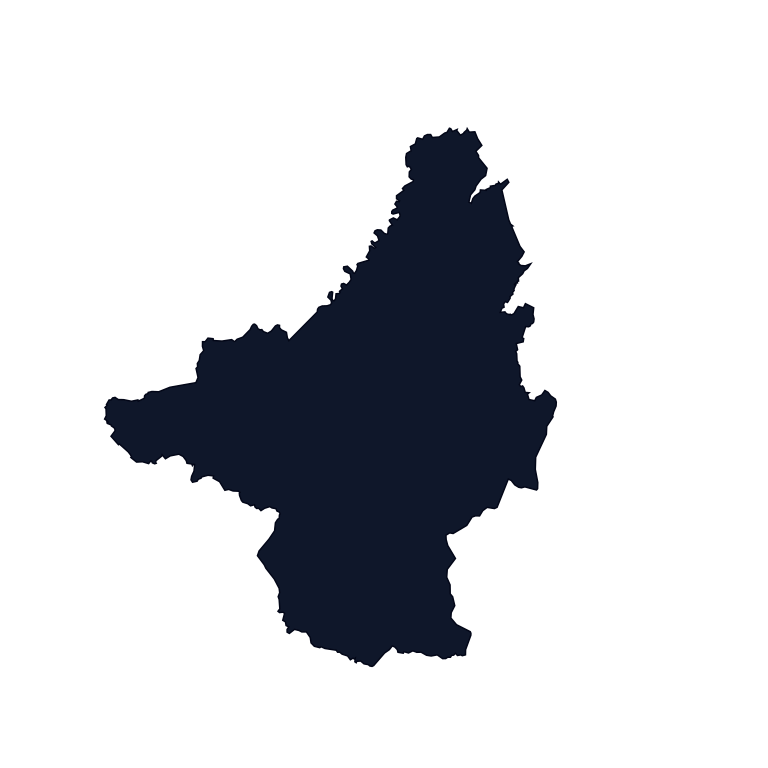 outline of Tuxcacuesco, Jalisco, Mexico, rotated 304°
{"feature_id": "50627088B97474247637158", "entity_name": "Tuxcacuesco", "entity_type": "district", "adm_level": 2, "iso_a3": "MEX", "parent_name": "Mexico", "parent_adm1": "Jalisco", "projection": "mercator", "projection_center": [-104.015, 19.687], "detail": "fine", "context": "isolated", "style": "filled", "palette": "ink", "viewbox_px": 768, "rotation_deg": 304, "n_neighbors": 0, "source": "geoboundaries", "source_scale": "gbopen_adm2", "svg_char_len": 6171}
<svg xmlns="http://www.w3.org/2000/svg" viewBox="0 0 768 768"><g transform="rotate(304 384 384)"><path d="M124.1,442.4L124.3,445.0L130.5,447.0L132.1,451.2L132.5,454.5L135.1,458.3L132.6,464.6L128.6,468.3L127.6,472.9L129.5,478.2L131.0,478.7L131.7,482.9L136.6,493.3L135.7,495.5L136.9,497.3L136.6,500.3L138.2,505.9L136.6,510.3L139.3,511.6L139.4,513.2L140.7,513.5L137.4,515.2L137.4,516.8L138.9,516.5L141.3,519.6L140.8,523.9L142.6,528.0L142.3,529.9L143.2,532.0L144.8,532.9L161.3,534.9L166.8,537.0L171.5,537.3L172.0,540.0L171.2,543.6L169.4,545.6L171.6,550.5L173.3,550.3L174.7,554.7L178.9,557.1L179.9,561.2L182.4,564.7L182.9,570.9L184.9,575.2L189.2,579.6L189.1,586.2L190.9,588.7L193.1,589.6L194.6,591.9L196.8,591.8L198.2,593.4L200.7,593.8L200.0,596.7L202.4,599.2L202.5,600.8L205.0,603.0L209.4,600.2L224.3,596.5L226.0,595.4L226.9,594.0L225.0,578.7L227.4,570.3L232.0,567.6L239.8,566.6L246.0,559.9L247.1,556.2L254.4,551.1L258.8,544.1L265.7,540.1L279.3,540.8L285.7,527.2L289.8,522.5L293.3,519.9L297.3,521.7L298.7,524.9L313.1,531.7L322.9,531.4L325.8,533.5L328.1,537.0L334.2,536.7L339.4,538.5L342.5,545.2L345.0,546.7L374.7,540.2L375.2,543.5L373.5,548.8L373.7,553.4L374.8,556.0L377.5,558.3L381.4,569.7L383.1,569.9L388.3,566.6L397.8,557.2L408.1,550.7L433.0,546.8L439.9,542.6L451.3,542.5L451.4,541.8L455.8,540.2L461.9,539.0L465.3,537.0L467.3,534.5L467.4,528.8L468.8,524.7L468.6,521.0L463.1,520.9L458.1,517.8L454.4,518.3L452.2,512.9L455.8,508.6L457.9,509.2L456.0,505.8L459.1,502.1L459.9,500.0L458.3,498.7L459.2,496.5L464.3,496.0L466.1,492.8L474.7,486.6L475.7,483.3L476.8,482.9L477.5,481.4L483.4,477.0L484.5,475.0L487.1,475.6L491.5,471.0L496.8,475.8L499.8,474.4L499.6,472.6L510.8,469.3L512.3,471.9L513.8,472.7L516.3,472.3L517.2,473.3L519.1,473.4L521.9,472.0L525.0,468.6L530.9,465.5L529.7,456.3L525.2,457.0L523.3,452.0L514.9,452.4L512.3,450.8L512.4,449.5L511.7,449.3L510.8,446.7L511.1,444.1L511.8,444.4L508.4,440.3L512.8,439.4L514.8,440.6L517.3,438.3L520.4,438.6L520.5,440.6L521.3,440.8L525.6,440.6L527.0,439.6L530.7,440.6L531.6,439.4L534.3,439.6L535.3,438.6L539.1,437.9L539.6,436.4L540.3,436.6L540.4,437.7L541.7,437.0L542.4,438.1L543.6,437.1L544.6,438.0L547.3,435.9L553.0,437.3L556.1,436.9L560.0,438.3L565.8,438.4L561.0,435.1L558.8,431.2L558.9,428.4L559.6,428.3L560.0,426.2L567.0,426.9L571.9,426.3L574.1,419.8L585.2,402.9L586.3,401.6L587.1,402.4L587.3,399.5L589.8,395.7L610.8,373.2L621.0,374.7L622.6,371.7L614.8,368.9L615.5,366.0L614.2,366.7L612.5,365.1L610.9,365.2L607.5,361.6L606.3,362.4L602.3,359.9L601.7,360.5L598.8,355.4L596.5,356.6L590.5,354.2L587.4,354.0L582.5,355.4L582.3,352.6L589.3,350.0L595.8,350.7L599.6,349.6L608.1,349.9L613.6,351.7L620.5,348.8L624.4,336.0L626.4,334.5L628.3,330.0L636.5,331.7L639.7,324.5L643.9,318.3L640.5,313.9L642.2,310.2L640.9,310.6L637.3,309.7L637.1,310.3L633.0,308.2L634.8,302.6L635.9,302.3L631.6,299.6L633.0,296.5L632.6,295.2L627.8,295.5L626.0,294.0L619.7,291.7L615.4,286.2L616.9,283.2L615.1,280.5L612.3,278.8L608.5,279.2L606.9,274.3L605.8,273.9L600.5,275.7L595.6,273.1L592.6,276.1L587.7,273.8L584.1,275.3L578.2,279.7L577.1,281.9L578.4,282.9L578.3,284.5L577.2,286.7L574.0,286.4L569.8,289.0L569.1,291.9L569.8,294.1L568.2,295.0L559.8,290.5L556.4,290.0L555.6,292.2L547.1,289.1L544.6,290.8L544.6,294.5L543.5,294.7L542.5,292.2L539.3,292.4L538.2,296.0L536.9,296.3L533.0,294.0L531.3,294.0L529.8,295.0L530.0,296.5L534.8,300.7L532.8,303.1L531.2,303.5L527.5,303.1L526.9,298.9L523.1,296.8L522.4,297.1L520.4,302.1L518.2,300.7L515.7,300.3L510.7,303.1L509.7,302.5L509.0,300.2L509.9,295.3L508.1,292.2L506.0,290.9L503.7,291.3L503.2,295.7L500.2,299.7L496.4,297.9L495.7,296.9L496.0,294.1L495.0,293.6L493.4,295.5L492.6,300.7L491.0,300.1L491.2,296.1L490.0,294.9L486.4,297.7L479.4,298.3L479.1,301.6L478.3,302.3L469.3,294.9L467.8,294.9L467.3,296.2L462.7,297.7L459.3,297.7L458.8,296.6L460.0,295.0L461.2,287.8L458.6,285.1L456.9,285.9L455.5,288.5L456.4,294.4L452.3,298.3L449.0,298.3L445.1,297.6L444.8,294.3L443.1,292.9L441.1,293.6L439.7,296.3L436.0,295.3L435.6,296.2L434.1,296.4L432.0,293.8L427.5,296.2L425.3,296.2L424.5,295.1L425.8,293.1L431.4,290.1L431.3,289.0L429.5,287.6L424.7,288.8L423.8,293.3L421.7,295.3L419.8,295.3L417.0,293.1L414.1,289.1L411.1,287.1L408.9,287.1L406.4,288.4L366.7,280.9L368.3,278.0L372.3,274.2L371.5,268.6L372.3,265.8L374.2,264.6L373.4,262.6L371.4,261.5L364.9,261.0L361.0,259.2L360.0,254.7L360.8,252.3L359.6,250.9L359.3,248.7L361.1,245.7L361.3,243.3L360.4,242.3L357.9,242.0L354.3,242.6L343.8,240.7L339.0,237.2L336.2,236.7L335.5,236.0L335.6,232.9L329.0,225.7L324.6,218.2L326.0,217.0L323.6,212.4L319.1,212.1L317.6,209.9L313.7,212.4L310.8,215.9L305.5,215.2L300.2,217.7L296.6,217.8L294.0,219.9L291.8,219.5L285.4,226.2L279.9,227.3L261.5,208.3L251.6,201.6L248.0,195.8L245.1,193.2L244.1,193.7L242.2,192.3L240.3,192.1L238.2,193.3L232.3,189.9L233.2,188.9L228.5,184.3L225.4,176.9L222.5,172.4L222.5,168.5L220.7,166.8L218.1,166.6L217.0,165.0L211.8,165.4L211.6,166.4L208.5,165.8L208.0,167.4L202.4,171.5L198.7,172.0L198.6,176.2L197.8,176.7L197.4,175.7L196.6,176.6L197.5,180.5L196.8,181.5L196.8,184.8L195.8,186.5L194.6,187.2L188.0,186.9L185.2,197.8L186.3,198.1L184.7,209.9L183.5,213.5L182.3,215.5L181.5,215.3L180.9,222.5L184.5,227.3L186.4,233.4L189.6,233.6L190.1,234.5L189.1,236.0L189.6,238.5L190.9,239.5L191.5,238.3L193.1,237.9L199.8,240.0L201.3,239.6L199.8,244.6L204.9,247.0L211.1,253.2L211.6,258.0L209.9,262.9L208.1,265.0L210.2,269.4L209.2,270.8L210.9,270.9L211.4,272.0L205.5,275.2L200.0,276.1L196.6,277.6L195.5,280.2L198.9,283.4L201.2,283.3L203.6,285.0L205.1,284.9L209.9,289.1L212.5,294.1L210.4,295.0L211.1,302.3L206.9,311.5L209.8,314.2L210.9,318.7L213.7,323.2L213.7,325.2L212.6,325.1L210.8,326.6L207.7,330.9L207.1,333.0L208.6,338.0L208.4,341.5L211.5,344.2L209.9,345.8L209.6,348.0L210.9,349.7L210.2,352.8L214.2,354.5L218.5,357.9L218.6,360.4L220.2,364.1L218.8,366.4L219.3,368.6L218.3,370.6L217.0,370.5L213.9,372.3L212.5,371.5L208.2,371.6L201.1,375.4L191.0,375.4L175.8,373.8L170.9,375.1L167.2,385.7L165.2,389.1L161.0,402.0L156.0,411.3L152.7,414.2L148.5,415.2L146.7,417.6L139.3,423.4L136.3,423.2L136.1,425.2L138.3,427.8L138.3,429.8L131.5,432.2L131.7,435.3L129.0,437.9L129.4,440.9L126.3,440.9L124.1,442.4Z" fill="#0f172a" stroke="#020617" stroke-width="1.5"/></g></svg>